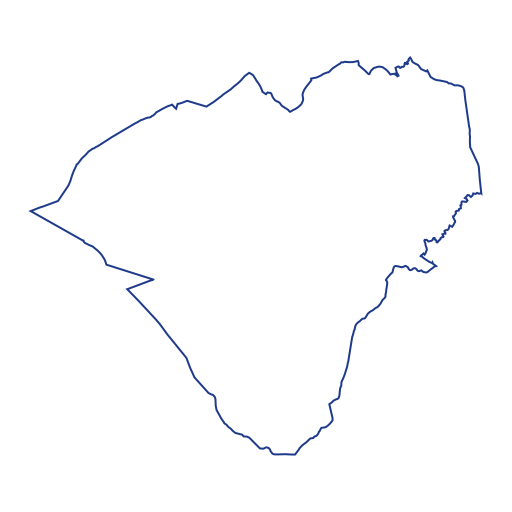 Jilotzingo, México, Mexico (Robinson projection)
{"feature_id": "50627088B53803503367130", "entity_name": "Jilotzingo", "entity_type": "district", "adm_level": 2, "iso_a3": "MEX", "parent_name": "Mexico", "parent_adm1": "México", "projection": "robinson", "projection_center": [-99.376, 19.498], "detail": "fine", "context": "isolated", "style": "outline", "palette": "blue", "viewbox_px": 512, "rotation_deg": 0, "n_neighbors": 0, "source": "geoboundaries", "source_scale": "gbopen_adm2", "svg_char_len": 5967}
<svg xmlns="http://www.w3.org/2000/svg" viewBox="0 0 512 512"><path d="M30.7,211.1L82.1,240.1L83.6,240.6L83.6,241.7L84.9,242.9L89.5,245.2L92.5,246.4L98.0,250.9L100.2,253.2L102.0,255.4L104.4,259.2L105.3,261.2L106.2,264.1L106.5,264.7L153.2,279.5L152.9,279.9L150.0,280.7L127.2,289.2L137.7,299.9L155.8,319.4L160.0,324.3L167.1,334.1L186.4,357.9L190.2,368.0L194.5,377.4L208.5,393.0L211.4,394.5L212.1,394.6L213.2,395.1L215.0,397.3L215.5,399.7L215.7,405.5L216.5,409.9L221.1,418.2L223.3,421.6L223.9,422.2L224.3,423.3L226.6,424.8L227.4,425.9L228.5,427.0L231.1,429.0L232.4,430.5L234.6,432.4L235.5,433.0L242.2,434.7L243.6,436.4L246.8,436.6L248.8,437.4L249.9,438.3L259.9,448.4L263.1,448.7L263.9,448.5L265.7,447.5L266.4,447.4L266.9,447.4L268.8,448.1L270.1,449.7L270.6,451.2L272.3,453.5L273.6,454.2L275.0,454.4L278.4,454.4L285.0,454.2L291.5,454.5L295.1,454.5L298.8,449.6L299.6,448.2L301.7,445.9L302.8,444.9L306.3,442.3L309.7,439.0L310.5,438.4L313.3,438.0L314.3,436.7L314.9,436.4L316.0,436.1L316.5,435.9L317.8,434.2L318.4,433.3L318.8,432.0L319.8,430.8L320.9,428.5L321.5,427.8L324.8,427.4L325.7,427.1L326.9,426.4L328.4,425.1L329.9,423.7L331.7,421.6L332.2,420.9L332.5,420.2L332.6,419.2L332.5,417.9L329.3,404.2L331.8,402.4L333.5,400.7L335.7,399.5L337.5,398.9L338.3,398.4L338.6,397.9L339.1,396.8L339.6,394.3L339.6,393.1L340.1,388.8L340.3,387.8L341.1,386.2L341.3,385.2L341.3,383.4L341.6,381.9L342.0,380.6L342.7,379.5L343.6,377.3L344.8,374.2L347.4,365.8L347.7,363.2L348.2,361.8L348.5,360.0L352.1,337.5L353.3,333.6L353.9,331.0L354.6,329.5L355.3,326.1L355.8,325.0L356.6,323.8L358.5,322.0L359.7,321.3L361.8,319.2L362.3,318.8L364.3,318.5L365.2,318.0L367.9,313.6L368.8,312.8L370.0,311.8L372.7,310.3L375.9,307.8L377.0,307.4L378.4,306.3L379.2,305.2L380.5,303.7L381.2,302.3L382.4,300.2L385.0,297.5L385.4,296.8L385.5,295.9L385.5,294.4L386.0,292.6L386.3,289.6L387.1,284.7L387.3,282.5L386.5,280.6L386.0,280.2L386.0,279.8L387.8,277.2L391.0,273.6L392.4,272.5L393.5,268.1L394.1,266.8L394.7,266.3L395.5,266.0L398.8,266.5L401.7,267.3L404.3,266.5L404.4,266.3L405.2,265.9L406.0,266.1L407.8,267.2L408.3,267.9L408.4,268.5L408.8,269.2L410.0,270.1L411.0,270.1L412.0,269.6L413.6,268.3L414.3,268.2L415.3,268.3L416.3,269.0L417.6,270.7L418.9,271.2L421.4,270.4L423.2,271.9L425.6,272.4L426.6,272.4L427.4,272.1L431.1,269.1L432.4,268.2L434.8,266.3L435.8,266.2L435.4,265.8L435.6,265.7L433.1,263.9L432.5,262.5L432.2,263.2L431.5,262.8L429.2,261.8L425.2,259.2L423.3,257.8L422.2,256.7L421.2,256.5L420.6,256.1L421.0,255.5L422.0,254.8L423.6,253.4L423.8,253.6L424.6,254.6L425.7,253.0L426.0,251.7L426.9,249.7L426.6,248.0L425.9,246.2L425.5,245.0L425.4,243.5L424.5,241.3L424.4,240.5L424.7,239.9L425.0,239.9L425.6,240.0L426.6,239.8L427.4,240.4L428.2,241.4L429.2,241.4L431.3,240.8L432.2,240.3L432.6,239.9L433.1,238.5L433.6,238.0L434.1,237.9L434.6,238.0L434.9,239.5L436.2,240.3L436.4,240.6L436.5,242.1L437.1,242.4L437.5,242.3L439.4,240.0L440.4,239.3L440.5,238.2L441.7,237.3L442.1,237.2L442.9,237.2L443.4,236.9L443.5,236.5L442.4,234.3L443.3,234.1L444.3,233.5L444.6,233.5L445.1,233.8L445.4,233.7L445.5,233.1L444.5,231.3L444.5,230.9L445.4,230.3L447.7,229.9L448.7,228.8L449.6,225.5L452.2,226.8L453.8,224.4L454.6,222.6L455.1,222.1L455.1,220.9L454.1,219.3L453.0,216.8L453.1,216.3L454.0,216.2L455.1,214.4L455.6,213.9L456.0,213.1L455.6,211.9L456.3,211.0L458.7,210.6L459.1,209.0L460.8,208.4L460.8,206.3L460.4,205.4L461.5,204.8L461.4,203.2L461.5,202.0L462.3,201.4L466.3,201.9L467.5,200.6L466.5,198.9L464.9,198.0L467.3,195.6L467.5,195.1L469.0,195.2L470.9,197.0L472.5,195.6L473.2,193.5L475.7,193.9L477.1,192.9L478.1,193.4L479.4,193.7L480.8,193.1L481.3,193.5L479.8,179.7L478.8,166.8L478.0,164.0L470.1,147.1L470.1,145.0L469.9,143.0L469.9,140.0L470.0,136.2L469.6,133.8L469.8,130.8L469.7,128.8L469.1,126.5L465.3,99.9L464.3,90.8L463.5,88.2L462.9,87.3L461.3,86.3L459.0,85.6L458.2,85.3L454.4,85.3L451.4,83.7L450.3,83.4L448.7,83.4L447.3,82.2L446.1,81.8L440.3,80.6L436.3,80.0L434.0,79.1L430.6,77.0L427.3,70.4L426.2,71.4L421.0,69.0L418.7,65.8L417.9,64.9L414.8,63.4L412.9,62.2L412.4,61.7L411.0,58.7L410.1,57.5L408.6,59.1L408.5,59.5L408.8,60.4L408.7,60.8L407.6,61.3L407.1,61.8L407.1,62.1L407.7,62.9L408.0,63.5L407.9,63.7L407.4,64.1L407.1,64.1L406.6,63.6L406.4,63.5L405.9,63.7L405.6,63.5L405.2,62.9L404.9,62.9L404.6,63.6L404.4,65.4L404.2,66.1L403.4,66.8L402.6,66.9L401.7,66.8L400.7,67.8L400.1,67.9L399.9,67.8L398.9,66.6L398.5,66.5L397.2,66.9L395.5,67.9L396.7,72.3L398.5,75.7L397.3,76.3L396.5,74.8L395.5,74.8L395.3,73.6L392.7,74.0L390.4,74.5L387.5,71.0L385.5,69.2L383.0,67.4L382.0,67.1L380.2,66.7L378.1,66.7L374.2,67.9L373.5,68.3L371.8,69.9L370.9,70.9L369.5,73.8L369.2,74.1L368.7,74.1L367.6,73.3L367.0,72.6L365.0,70.6L358.7,65.2L358.7,63.1L358.0,61.0L352.8,62.1L347.9,62.1L344.6,61.8L343.2,62.4L341.4,62.3L339.8,63.8L338.9,64.2L332.6,68.4L328.7,72.2L327.1,72.5L323.4,73.9L321.3,75.3L316.9,77.4L311.1,78.6L311.3,80.2L311.2,80.5L306.8,86.1L305.0,88.6L304.2,89.9L303.2,92.3L302.7,93.8L302.6,94.8L302.6,95.6L303.1,98.5L303.1,99.7L302.7,101.3L301.3,104.2L300.5,105.0L298.6,106.8L296.3,108.4L295.2,109.1L293.3,109.9L291.8,110.9L290.1,111.8L289.5,111.5L288.1,109.8L281.8,105.8L279.9,103.1L279.0,102.3L278.5,102.0L276.4,101.1L275.1,100.3L273.5,98.4L272.7,97.0L272.3,96.2L271.7,94.5L270.9,93.2L270.3,92.9L267.5,92.5L266.0,94.2L262.4,91.8L262.2,90.7L260.2,86.2L258.6,83.6L256.4,80.6L255.1,78.3L253.0,75.1L251.3,74.0L249.2,72.8L244.8,76.0L240.8,80.6L237.9,83.3L234.1,86.3L230.8,89.3L223.2,94.5L221.7,95.9L213.6,102.0L206.4,106.6L187.2,100.8L182.6,102.6L179.4,103.6L177.6,103.9L176.1,108.7L174.7,107.5L172.1,104.6L170.4,105.4L168.6,105.9L166.9,106.6L162.2,109.0L156.2,112.4L155.5,113.4L153.2,115.5L151.8,116.1L150.6,117.1L149.8,117.4L147.9,117.6L146.2,118.1L143.4,119.3L141.0,120.1L136.9,122.5L134.5,123.7L111.7,137.2L97.9,146.1L95.8,147.1L93.9,148.4L92.8,148.6L88.5,151.6L85.8,154.7L82.0,158.2L77.9,163.6L76.6,164.6L76.4,165.4L73.8,170.9L72.1,175.3L70.3,181.2L68.3,185.7L58.0,201.0L43.3,206.4L39.0,207.8L30.7,211.1Z" fill="none" stroke="#1e3a8a" stroke-width="2"/></svg>